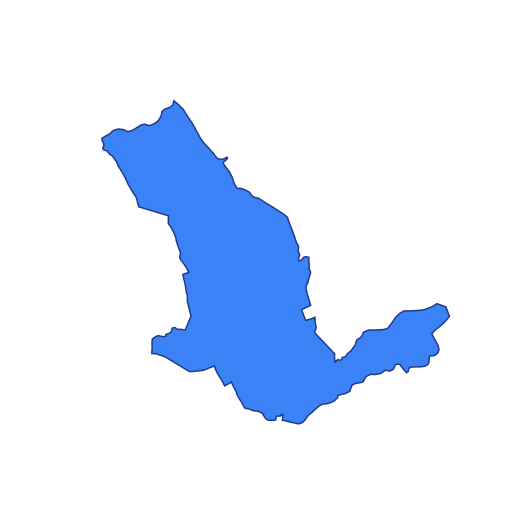 the district of Teteles de Avila Castillo, Puebla, Mexico, rotated 240°
{"feature_id": "50627088B73546820144927", "entity_name": "Teteles de Avila Castillo", "entity_type": "district", "adm_level": 2, "iso_a3": "MEX", "parent_name": "Mexico", "parent_adm1": "Puebla", "projection": "albers", "projection_center": [-97.454, 19.852], "detail": "fine", "context": "isolated", "style": "filled", "palette": "blue", "viewbox_px": 512, "rotation_deg": 240, "n_neighbors": 0, "source": "geoboundaries", "source_scale": "gbopen_adm2", "svg_char_len": 6072}
<svg xmlns="http://www.w3.org/2000/svg" viewBox="0 0 512 512"><g transform="rotate(240 256 256)"><path d="M431.5,262.5L428.3,259.3L427.8,255.5L428.8,250.4L428.3,247.7L428.0,246.5L426.4,245.5L424.6,243.6L422.4,239.9L421.5,236.9L421.6,233.0L422.0,229.6L423.6,227.3L425.8,225.6L426.9,222.2L426.8,217.4L426.6,214.5L426.8,211.0L427.8,207.1L431.7,204.4L434.6,200.7L435.8,196.5L435.9,193.9L434.9,190.6L435.1,186.4L434.9,181.2L432.4,180.4L430.6,180.4L428.4,179.9L427.3,178.8L426.3,177.6L425.2,176.9L423.7,177.4L422.5,178.6L421.3,179.6L418.3,180.0L416.6,180.4L415.8,181.0L414.5,181.6L412.7,181.8L411.1,182.0L408.4,182.1L407.4,182.5L403.0,181.7L394.6,182.0L388.3,181.8L381.7,181.1L376.6,181.2L371.9,181.2L366.3,181.6L361.2,180.1L357.2,179.1L334.6,200.3L327.8,196.2L325.0,196.7L318.5,196.6L313.1,196.0L308.9,194.6L304.2,193.5L297.6,192.4L295.9,191.9L294.7,190.9L294.0,189.9L292.4,189.1L289.5,189.0L286.6,189.4L281.5,189.9L275.4,189.6L276.7,183.4L266.6,180.4L258.7,177.3L256.3,176.9L251.0,173.8L236.5,169.7L227.2,157.6L227.5,157.3L229.2,155.3L230.3,153.9L231.1,152.3L232.8,150.6L233.2,150.5L234.0,150.4L234.4,150.1L235.0,149.2L235.2,148.4L235.4,147.4L234.3,146.3L233.1,145.2L232.4,143.7L232.3,143.1L232.9,140.3L232.9,139.1L233.1,138.6L231.6,137.7L231.8,136.9L232.1,136.2L232.9,134.9L234.0,133.5L235.7,131.9L236.1,130.5L236.3,129.0L236.1,126.5L236.0,125.0L235.1,124.0L231.1,121.6L228.5,120.2L226.1,118.6L223.6,117.0L221.3,120.6L216.9,124.5L214.9,126.2L213.7,127.1L189.1,140.6L186.9,144.9L184.8,149.9L183.6,152.6L183.3,153.2L181.7,164.8L177.3,164.2L172.2,163.9L165.6,164.2L159.2,163.9L159.1,164.8L159.1,167.9L159.1,170.3L159.3,171.3L159.4,171.6L151.9,171.1L148.1,171.0L147.4,170.7L146.3,170.4L144.7,170.2L142.9,170.1L141.2,170.1L139.2,170.2L138.2,170.3L136.8,170.4L135.2,170.3L130.9,170.2L130.2,170.2L128.9,171.1L128.2,172.0L127.4,173.2L126.4,174.1L125.5,174.6L125.2,174.8L124.8,175.1L124.3,175.5L123.7,176.0L123.3,176.5L122.9,176.9L122.5,177.5L122.2,177.9L121.6,178.9L120.6,180.0L119.6,180.8L119.3,181.1L118.6,181.5L118.1,181.9L117.4,182.3L117.0,182.5L116.5,182.8L116.1,183.0L115.5,183.2L115.2,183.3L114.6,182.7L113.4,182.9L111.8,183.0L110.6,183.0L109.5,183.4L108.5,183.8L107.8,184.6L107.1,185.3L106.4,186.5L105.1,188.7L104.5,190.1L104.1,190.9L104.8,191.6L105.6,192.2L106.2,192.9L106.8,193.8L106.8,194.7L106.0,195.4L105.7,196.4L105.5,196.5L105.3,196.7L105.5,196.8L105.5,197.1L105.6,197.7L105.5,198.0L105.7,198.3L105.4,198.4L105.5,198.7L105.6,199.1L105.8,199.8L105.5,200.3L100.4,196.6L99.7,197.8L98.6,199.1L96.3,201.3L93.9,203.8L92.0,206.1L89.7,208.4L88.7,210.9L88.7,213.8L90.1,218.0L91.9,221.6L92.4,225.4L93.3,229.5L93.9,232.5L94.6,236.1L94.5,238.6L94.0,240.6L93.2,242.3L92.3,244.7L91.6,247.7L91.4,251.6L92.5,255.9L94.2,256.9L93.3,261.4L92.3,263.9L92.0,267.8L92.0,269.9L93.4,271.1L96.1,274.7L96.0,277.9L94.8,281.4L93.8,284.0L93.6,286.1L94.9,288.3L96.5,290.5L96.5,293.5L95.9,296.8L93.9,299.6L93.3,301.3L92.0,304.8L92.0,308.3L92.6,310.5L91.5,311.9L89.4,314.3L89.2,318.3L92.3,322.6L90.5,326.4L84.8,326.9L79.6,328.0L80.0,330.2L82.4,332.2L82.2,334.9L80.4,338.4L78.0,342.6L76.1,347.1L76.1,350.5L77.3,352.5L82.4,356.0L82.0,357.6L80.5,360.9L81.2,365.0L83.4,367.7L86.1,368.5L87.5,368.9L100.7,369.3L102.0,373.0L102.8,377.3L103.2,380.8L104.6,387.0L107.1,393.4L117.0,395.0L124.3,388.8L123.9,383.7L125.5,374.3L128.3,368.1L131.6,361.7L134.4,356.7L134.5,352.1L133.1,346.3L129.9,339.7L127.4,333.6L128.8,329.0L133.0,321.0L135.3,317.1L136.1,313.8L136.2,310.7L134.4,309.0L134.1,307.8L133.9,307.6L133.7,307.4L133.5,307.2L133.4,306.7L133.3,306.4L133.3,306.1L133.2,305.8L133.1,305.6L133.1,305.2L133.0,304.9L132.9,304.3L133.0,303.8L133.1,303.1L133.0,302.2L132.9,301.8L132.7,301.2L131.0,299.1L130.5,298.6L130.0,298.2L129.4,297.3L129.1,296.8L128.7,296.1L128.3,295.3L128.1,294.4L127.1,292.5L126.7,291.2L126.2,289.8L126.2,289.1L126.0,288.5L126.0,288.0L125.8,287.4L125.8,286.9L125.6,286.0L125.4,285.6L125.1,285.0L124.4,283.7L124.2,283.5L124.2,282.8L124.2,282.2L124.2,281.9L124.4,281.5L124.6,281.0L124.9,280.7L125.0,280.5L125.0,280.3L125.0,280.0L124.8,279.7L124.5,279.5L124.2,279.2L124.0,278.9L123.8,278.5L123.7,278.0L123.6,277.7L123.6,277.4L123.6,277.1L123.6,276.9L123.6,276.7L123.9,276.3L124.1,276.1L124.4,275.9L124.6,275.8L125.1,275.5L125.3,275.4L125.3,274.8L125.2,274.5L125.2,274.2L125.1,273.4L125.1,273.1L124.9,272.7L124.7,272.3L124.8,271.9L124.7,271.6L124.7,271.2L128.2,273.0L130.7,274.3L131.8,275.2L160.0,268.5L160.6,268.9L160.8,269.0L161.4,269.3L161.6,269.5L161.8,269.7L161.9,270.0L162.2,270.3L162.4,270.6L162.7,271.2L163.0,271.5L163.4,271.9L164.1,272.3L165.2,272.8L168.0,273.8L171.7,275.1L171.7,275.7L173.2,275.9L173.5,276.4L173.7,276.2L173.7,274.3L174.1,271.9L175.4,266.8L186.7,268.6L186.7,269.2L185.9,278.7L193.4,280.4L195.8,281.0L198.0,281.5L200.6,282.3L203.1,283.1L204.6,284.1L205.9,285.9L206.6,287.2L208.1,288.6L210.2,290.6L211.5,292.1L211.9,292.5L212.5,293.1L212.9,293.6L213.8,294.4L214.5,295.0L215.5,295.4L216.5,295.5L217.4,295.6L218.5,295.8L223.3,298.4L225.5,299.3L228.5,301.1L229.8,299.7L230.7,298.2L231.1,297.1L230.7,295.6L230.1,294.2L229.8,293.1L229.8,291.4L230.3,290.7L232.0,291.5L233.6,292.5L234.7,294.1L235.8,294.6L238.8,294.8L241.3,296.5L243.1,297.7L244.5,297.9L246.8,297.7L248.3,297.9L252.0,298.7L256.1,299.5L263.0,300.7L269.5,301.6L272.7,302.3L273.6,302.7L277.9,301.1L286.1,296.9L288.9,295.5L293.7,292.9L296.4,291.3L301.7,288.7L304.9,286.9L306.1,285.5L307.2,284.3L308.7,283.3L310.4,282.5L312.1,282.3L314.1,282.3L314.9,282.0L318.1,280.1L322.0,276.8L324.2,273.4L329.0,273.4L332.5,273.9L335.3,274.6L338.7,274.9L342.7,275.0L348.7,274.2L352.3,274.0L353.0,274.2L353.6,275.0L353.8,276.5L354.2,278.4L354.6,279.6L355.1,280.3L355.7,280.6L356.1,280.2L356.1,279.3L356.1,277.9L356.4,276.2L356.9,274.7L357.4,273.8L358.4,272.4L360.0,271.4L361.8,270.9L363.7,270.6L366.0,270.5L367.1,270.4L368.9,269.7L369.8,269.5L371.2,269.4L373.4,269.0L376.3,268.2L377.8,267.8L379.8,267.5L382.8,267.0L385.4,266.8L387.5,266.8L392.1,267.0L398.1,267.1L402.9,267.1L408.0,266.8L412.1,266.5L415.1,266.4L419.5,266.3L422.6,265.4L425.7,264.6L428.7,263.5L431.5,262.5Z" fill="#3b82f6" stroke="#1e3a8a" stroke-width="1.5"/></g></svg>